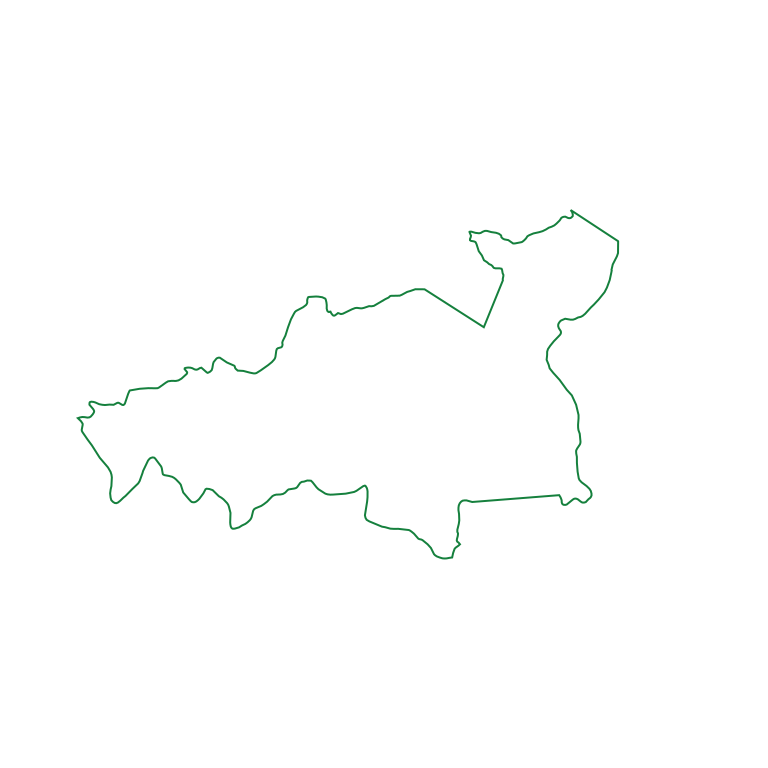 the district of Santa Lucia, Intibucá, Honduras, rotated 34°
{"feature_id": "27666195B24919955333863", "entity_name": "Santa Lucia", "entity_type": "district", "adm_level": 2, "iso_a3": "HND", "parent_name": "Honduras", "parent_adm1": "Intibucá", "projection": "orthographic", "projection_center": [-88.432, 13.907], "detail": "fine", "context": "isolated", "style": "outline", "palette": "green", "viewbox_px": 768, "rotation_deg": 34, "n_neighbors": 0, "source": "geoboundaries", "source_scale": "gbopen_adm2", "svg_char_len": 6165}
<svg xmlns="http://www.w3.org/2000/svg" viewBox="0 0 768 768"><g transform="rotate(34 384 384)"><path d="M441.5,135.4L444.0,136.4L445.9,138.1L446.6,139.4L446.2,141.3L445.7,142.2L444.9,142.9L443.9,143.4L440.7,143.9L439.5,144.9L438.6,146.0L438.1,147.4L438.2,149.4L438.1,150.6L437.3,154.6L436.5,157.3L435.0,159.9L433.2,162.3L431.9,165.3L430.0,168.6L427.7,171.4L423.7,175.6L421.2,179.4L420.3,181.3L420.3,184.0L419.9,186.3L419.2,188.7L418.6,189.6L414.0,194.2L412.5,195.3L406.6,195.2L402.9,196.8L401.1,197.0L399.3,196.7L398.3,195.6L397.7,195.3L395.2,195.2L392.3,196.0L387.9,198.1L384.0,199.4L382.9,200.0L381.9,200.8L380.7,202.6L379.7,204.7L378.5,205.9L375.2,207.6L371.4,208.8L370.1,209.6L369.8,210.0L370.0,210.3L373.2,212.4L373.8,213.8L374.2,215.7L374.9,216.7L376.1,216.7L378.8,215.5L380.1,215.2L380.8,215.3L382.6,216.4L388.3,220.9L393.3,222.7L397.7,225.5L401.4,225.4L404.1,225.8L406.3,225.4L408.0,225.6L409.5,226.2L410.3,226.3L411.9,225.7L415.1,223.5L417.0,222.7L418.1,223.4L420.4,225.8L422.0,226.8L422.6,227.8L423.8,230.7L424.6,231.6L435.0,281.1L364.7,282.8L357.0,287.9L353.8,292.2L351.7,294.7L348.8,300.2L347.6,302.0L340.5,307.0L339.8,308.0L339.5,309.7L337.7,312.8L331.9,324.9L330.1,326.6L328.1,327.8L324.8,332.1L323.5,333.5L322.4,334.3L319.0,336.0L317.6,337.2L315.7,339.9L310.6,348.7L309.2,350.1L306.2,350.9L305.1,354.3L304.4,355.3L303.6,355.6L302.7,355.5L300.8,354.9L299.1,353.9L298.8,354.1L298.5,354.8L298.0,355.2L297.0,355.3L296.0,355.0L294.3,353.5L292.4,350.6L290.6,348.5L288.3,346.4L287.4,346.1L284.3,346.6L280.7,348.3L278.7,349.5L273.1,353.8L272.6,354.5L272.8,355.7L273.4,357.4L274.9,359.5L275.2,360.8L275.2,362.1L274.0,365.6L270.3,372.5L269.9,374.0L270.0,376.0L270.7,382.4L272.7,390.6L275.2,399.0L276.0,405.0L276.6,406.7L277.9,408.1L278.4,409.4L278.5,410.3L278.3,411.0L276.0,413.7L275.6,415.0L276.1,416.7L278.8,422.2L279.2,423.6L279.3,425.0L278.8,428.5L277.4,433.1L274.2,441.6L272.1,446.3L271.2,447.3L269.8,448.2L266.4,449.6L260.1,451.8L255.2,454.7L252.4,454.3L251.4,453.8L250.4,452.8L249.5,452.6L241.7,454.0L233.2,454.0L232.1,454.7L231.3,455.7L230.9,456.6L230.5,461.1L231.0,462.8L232.8,466.8L233.4,468.9L232.9,471.1L232.0,472.8L231.5,473.4L230.5,473.5L223.5,472.6L222.5,473.7L221.3,476.2L220.3,477.2L218.8,477.8L216.2,478.1L214.4,478.7L212.4,479.9L210.8,481.3L210.0,482.3L210.3,483.1L214.2,484.3L214.6,484.9L214.8,485.9L213.1,492.8L211.6,495.9L209.8,497.8L206.1,500.2L203.5,502.5L202.4,504.8L199.5,512.6L198.7,514.0L197.0,515.3L191.0,519.2L184.1,524.6L176.9,531.5L176.9,532.4L177.4,535.2L180.1,545.0L180.1,546.1L179.7,547.1L178.7,547.7L175.0,547.9L174.0,548.2L173.3,549.0L171.5,552.4L167.9,554.6L164.4,557.5L162.0,558.8L159.2,560.0L155.1,560.7L153.2,561.3L151.3,562.3L150.4,563.3L150.3,563.8L150.5,564.5L151.4,565.9L156.8,567.4L158.1,568.0L158.9,568.6L159.4,569.8L159.5,572.0L159.1,575.0L158.4,576.4L156.9,577.7L154.5,578.8L152.3,580.1L150.6,581.8L149.3,583.5L153.7,584.3L156.3,585.4L157.0,586.3L159.0,591.0L159.7,591.8L160.9,592.5L169.3,595.8L176.1,598.2L189.6,604.1L201.8,607.5L206.4,609.7L208.8,611.6L210.6,613.6L215.1,621.1L216.4,624.4L218.1,627.8L220.9,631.1L222.9,632.8L225.3,633.3L227.3,633.2L228.7,632.5L229.7,631.1L230.6,628.3L231.5,624.0L232.3,621.4L234.1,611.7L235.8,603.9L235.7,601.2L233.6,592.9L232.9,590.8L231.2,579.5L231.3,578.0L231.7,576.2L232.4,575.2L233.3,574.2L234.6,573.6L235.9,573.7L245.4,577.0L246.9,578.1L250.7,582.1L251.3,582.5L252.8,582.4L257.1,580.5L260.3,579.4L262.6,579.2L264.8,579.4L269.6,580.4L271.8,581.1L278.2,586.2L286.7,588.6L289.3,589.2L290.6,589.3L291.9,588.8L293.2,587.8L294.1,586.3L294.7,584.4L295.1,582.5L295.4,575.7L294.9,571.1L295.5,570.0L298.0,568.7L301.3,567.8L309.9,569.4L312.8,569.2L315.6,569.4L320.6,570.5L322.3,571.2L324.0,572.4L328.8,576.7L333.9,584.8L335.2,586.4L336.6,587.8L337.8,588.5L338.8,588.7L339.7,588.5L341.2,587.3L344.0,583.9L345.4,580.7L347.3,577.5L348.2,575.0L348.9,572.0L349.0,570.1L348.7,568.4L346.5,562.5L346.3,560.7L346.9,559.0L350.4,553.7L351.6,550.8L352.9,546.9L354.2,539.3L355.2,537.5L356.5,536.0L359.9,533.5L361.7,531.7L362.8,529.4L363.4,526.0L363.8,524.8L368.3,520.6L369.2,519.5L369.7,518.1L369.8,513.0L370.5,511.2L372.3,509.6L374.3,507.0L376.3,505.7L377.6,505.0L379.7,505.4L385.9,507.4L388.5,507.9L396.7,507.7L399.0,507.0L401.3,505.8L403.3,504.4L413.6,496.3L419.6,490.2L420.9,488.0L423.9,480.3L425.0,478.9L425.9,478.9L428.0,479.9L429.1,480.8L430.4,482.2L433.6,487.0L435.7,490.8L441.6,503.5L443.5,505.3L445.6,506.3L448.7,506.1L462.1,503.4L465.0,502.1L470.1,500.4L473.0,498.7L476.8,496.1L486.0,491.3L487.0,491.0L489.3,491.0L492.5,491.3L498.8,493.0L499.9,492.9L501.9,492.1L503.2,491.9L509.8,492.5L514.6,493.7L520.6,497.1L522.0,497.4L524.2,497.4L527.2,496.7L529.8,495.9L531.5,495.0L533.4,493.6L535.6,491.4L537.5,489.7L535.8,485.4L534.7,481.2L534.9,479.7L536.2,476.2L536.6,474.4L534.6,473.8L532.8,473.7L531.9,473.1L531.2,471.8L530.2,468.9L529.2,466.9L528.8,466.4L527.5,465.6L526.3,463.8L524.3,458.3L522.7,455.0L518.9,449.8L516.3,447.0L514.9,444.9L513.9,442.8L513.5,440.5L513.7,438.5L514.4,436.8L515.8,435.5L517.4,434.4L523.1,432.5L591.4,378.2L593.8,379.3L595.7,380.6L596.5,381.3L597.5,382.7L598.5,383.5L599.4,383.8L600.5,383.7L602.1,382.7L602.9,381.7L605.2,374.1L605.7,373.0L606.5,372.1L607.7,371.5L609.1,371.2L613.0,371.5L614.6,371.4L616.1,370.5L617.3,369.1L617.9,365.3L618.6,363.1L618.7,362.2L618.4,360.4L617.3,358.8L615.2,357.0L612.9,356.0L609.0,355.3L602.8,355.0L599.8,354.3L598.2,353.3L593.6,348.5L588.1,341.6L584.6,336.5L582.3,334.2L580.7,332.1L580.4,331.1L580.2,329.3L580.2,324.5L579.8,323.1L579.2,322.0L574.1,315.8L571.0,313.5L569.4,311.7L567.7,309.3L564.5,303.7L562.6,300.9L554.9,293.8L546.1,288.4L538.8,286.6L527.3,282.4L518.0,280.1L512.6,278.4L509.8,276.0L505.3,273.0L503.0,268.7L501.2,266.0L500.4,263.3L500.4,259.4L500.9,253.6L502.4,245.1L502.4,243.4L501.9,242.3L501.1,241.4L497.8,240.0L496.1,238.7L495.3,237.5L494.9,236.2L494.9,233.9L495.3,232.3L497.7,228.6L502.8,226.3L504.7,225.0L506.1,223.2L507.7,220.3L509.5,218.4L510.6,216.4L511.5,213.3L512.7,204.9L513.6,200.8L514.7,193.8L515.5,184.6L514.9,179.4L513.0,171.6L510.3,164.9L509.3,162.5L508.8,162.2L506.8,157.0L505.7,147.9L504.8,144.6L498.4,134.9L498.1,134.7L441.5,135.4Z" fill="none" stroke="#15803d" stroke-width="2"/></g></svg>